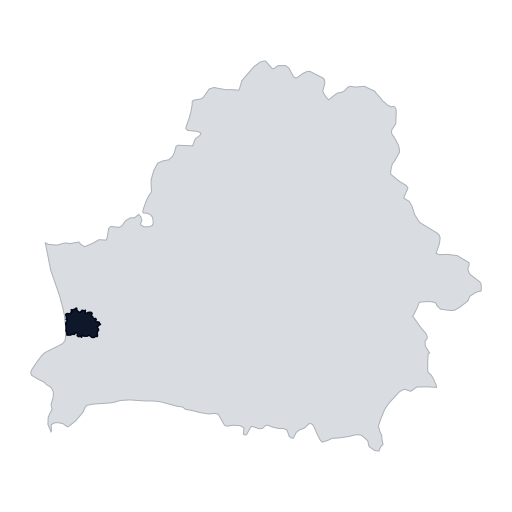 Svislach, Grodno, Belarus shown in context
{"feature_id": "67162791B1668576645583", "entity_name": "Svislach", "entity_type": "district", "adm_level": 2, "iso_a3": "BLR", "parent_name": "Belarus", "parent_adm1": "Grodno", "projection": "mercator", "projection_center": [24.286, 52.932], "detail": "fine", "context": "in_parent", "style": "filled", "palette": "ink", "viewbox_px": 512, "rotation_deg": 0, "n_neighbors": 0, "source": "geoboundaries", "source_scale": "gbopen_adm2", "svg_char_len": 6004}
<svg xmlns="http://www.w3.org/2000/svg" viewBox="0 0 512 512"><path d="M436.5,387.4L427.6,386.8L416.8,387.0L410.8,391.3L404.2,389.2L399.6,391.6L388.9,403.2L384.7,409.4L380.8,418.9L378.4,426.0L379.7,430.9L381.7,435.5L382.1,440.4L383.1,444.3L380.5,447.1L378.9,451.1L374.5,450.4L369.0,446.5L367.8,440.9L363.6,437.0L360.8,435.0L356.2,434.7L348.9,436.5L339.3,437.9L332.1,438.3L328.2,440.2L322.3,442.2L320.1,439.9L316.9,433.5L314.2,427.2L312.4,424.4L310.8,423.6L308.8,423.8L306.6,425.8L304.9,427.8L298.9,430.2L296.2,432.5L293.3,438.3L291.3,437.9L289.3,436.6L287.0,430.1L283.8,428.6L278.8,428.5L272.5,427.1L267.4,425.1L265.5,425.6L262.5,428.4L259.2,428.8L252.0,426.3L250.6,427.4L246.5,434.6L244.5,435.0L243.4,434.1L244.0,427.8L239.9,425.6L232.8,425.2L227.9,426.1L225.5,425.9L224.2,424.7L218.2,414.1L215.0,413.4L209.2,414.0L200.8,412.7L191.0,410.3L185.6,409.4L182.8,407.1L176.8,406.2L160.7,401.8L154.1,401.0L144.4,400.9L129.6,399.9L120.1,400.5L115.7,401.9L110.6,402.9L93.1,404.1L86.8,405.3L85.0,407.5L82.9,412.4L75.7,420.8L68.7,426.4L67.4,426.8L63.3,423.9L59.9,422.9L55.8,422.6L53.0,423.5L51.2,424.9L51.4,431.4L51.0,431.9L47.9,424.3L48.2,417.3L49.9,413.3L52.0,409.7L51.1,404.3L53.2,397.2L53.3,392.0L52.4,389.8L50.7,387.2L46.1,384.3L44.1,382.1L37.9,379.1L31.8,375.4L30.7,373.1L31.0,371.5L32.1,369.1L36.8,362.1L41.9,355.3L45.1,352.5L62.4,343.8L65.0,340.7L65.7,335.5L65.4,325.0L64.4,315.3L63.0,308.7L59.7,296.2L50.7,270.1L45.3,242.9L48.9,244.5L57.1,245.1L63.7,243.2L67.1,243.0L70.1,243.6L78.7,242.0L80.9,244.5L84.7,246.7L92.3,243.5L99.0,239.7L106.0,240.1L107.0,238.2L108.7,228.5L110.8,226.4L119.1,227.4L122.2,225.6L125.4,220.8L130.4,217.8L134.5,217.8L138.7,214.4L140.8,216.7L141.9,220.7L140.5,223.9L141.1,225.2L144.0,226.8L149.1,226.8L152.4,225.4L153.1,223.6L153.1,220.2L152.3,217.1L150.1,214.4L146.1,213.0L143.3,213.0L142.8,211.3L143.8,207.6L146.3,200.8L149.3,194.7L151.2,192.4L151.5,190.3L151.2,186.5L151.1,179.8L153.8,170.4L157.6,163.3L162.5,161.0L168.6,159.8L172.5,156.4L174.4,152.5L176.1,146.4L178.0,145.2L192.6,145.9L194.8,139.8L196.1,138.1L198.9,136.3L200.9,134.1L200.1,132.4L196.4,131.3L187.6,130.4L185.8,128.4L186.4,125.9L188.7,119.6L191.0,111.4L192.1,105.0L192.3,101.2L193.5,100.2L200.7,99.0L203.1,97.7L209.2,89.0L213.9,87.5L226.1,89.8L231.6,89.6L238.7,90.2L239.3,89.3L241.8,80.7L253.8,66.8L260.2,62.0L264.3,60.9L265.7,61.2L272.1,68.5L273.7,68.8L277.9,65.7L285.4,65.5L288.8,68.0L293.7,77.0L296.3,78.1L303.5,73.1L307.5,71.4L310.1,71.5L323.7,78.4L324.7,80.7L324.8,83.3L322.7,91.4L325.5,96.4L328.7,99.8L335.7,94.2L338.3,92.7L341.1,92.6L344.9,90.5L347.6,87.4L350.2,86.3L355.2,87.1L364.3,86.3L374.8,91.2L375.7,92.7L380.9,98.5L382.8,101.3L384.5,102.2L387.3,105.0L391.1,106.8L393.7,106.3L394.9,107.2L396.1,109.4L396.2,113.1L395.8,123.8L392.0,129.4L391.5,131.3L391.7,133.6L394.7,138.2L398.5,145.3L399.4,149.4L399.4,152.5L394.2,161.6L392.4,163.7L391.2,168.1L390.6,172.6L391.0,174.5L399.7,181.6L406.2,185.5L407.7,187.4L407.8,188.6L404.3,196.2L404.0,198.3L409.2,201.4L412.1,206.4L414.6,214.5L419.5,222.3L437.9,233.6L439.5,235.6L440.1,238.0L439.5,243.3L436.1,253.3L439.3,254.7L447.3,254.4L457.2,255.6L469.0,262.7L469.0,265.8L467.8,268.7L468.6,271.7L469.9,274.3L480.1,282.1L481.1,284.4L481.3,288.2L481.0,291.0L478.2,291.6L475.0,292.9L469.9,296.2L467.9,300.9L459.6,307.4L454.4,310.3L450.3,310.5L440.6,309.2L437.2,306.0L435.8,303.0L432.0,301.7L427.1,301.6L420.2,302.1L418.8,303.0L417.7,306.6L414.8,312.7L412.7,316.2L421.4,328.3L425.8,333.3L427.2,336.4L427.1,338.5L425.0,341.1L425.3,346.2L429.6,353.0L428.1,354.0L427.7,362.3L427.7,371.1L428.9,373.2L431.2,375.0L433.1,378.2L436.3,385.5L436.5,387.4Z" fill="#d9dde1" stroke="#a8b0b8" stroke-width="1"/><path d="M99.3,322.4L98.9,322.3L98.3,322.0L97.9,321.8L97.7,321.8L97.4,322.0L97.1,322.1L96.5,321.8L96.0,321.5L95.6,321.0L95.6,320.8L95.7,320.5L96.0,320.1L96.1,319.8L96.2,319.5L96.1,319.2L95.9,318.8L95.6,318.5L95.3,318.4L95.0,318.5L94.7,318.6L94.3,318.7L93.7,318.6L93.3,318.3L92.8,317.7L92.9,317.1L92.3,316.5L91.8,315.9L91.3,315.3L91.5,314.7L91.8,314.2L92.1,313.8L92.1,313.3L91.7,312.8L91.3,312.4L90.9,312.3L90.3,312.2L89.6,312.3L89.4,312.6L89.0,312.5L88.6,312.3L87.9,312.5L87.6,312.9L87.3,313.0L86.8,313.1L86.1,313.2L85.5,312.9L85.4,312.6L85.4,312.0L85.1,311.2L85.4,310.7L85.2,310.3L84.8,310.6L84.4,310.9L83.8,310.9L83.3,310.6L82.7,310.3L82.4,310.2L82.0,310.3L81.7,310.8L81.1,311.3L80.8,311.6L80.4,312.3L80.0,312.4L79.1,312.0L78.4,311.6L77.9,311.2L77.1,310.6L76.8,310.2L76.8,309.7L76.8,309.2L76.8,308.6L76.7,308.3L76.4,308.2L76.2,308.1L75.8,308.3L75.2,308.7L75.0,309.2L74.3,309.4L73.6,309.5L73.1,309.7L72.3,309.9L71.7,309.7L71.2,310.0L71.6,310.6L72.1,311.0L72.3,311.3L72.2,311.8L71.7,312.0L71.2,311.9L70.9,312.2L71.0,312.6L71.1,313.0L70.7,313.5L69.9,313.7L69.3,313.7L68.7,313.8L68.1,313.6L67.7,313.5L67.1,313.6L66.6,313.7L66.1,314.2L65.7,314.5L66.0,315.7L66.4,317.0L66.6,318.5L66.1,319.4L66.9,319.9L67.3,320.6L67.0,321.1L66.6,321.7L66.0,322.5L65.7,323.4L65.8,324.1L65.8,324.9L66.3,325.5L66.1,326.2L66.2,328.3L66.0,330.9L66.2,331.3L66.7,332.1L66.9,333.5L66.9,335.0L67.3,335.1L68.5,335.1L69.3,335.0L70.3,335.1L70.7,335.1L71.0,334.9L71.0,334.4L71.4,334.0L72.2,334.1L72.9,334.4L74.0,334.4L74.4,334.3L74.8,334.0L75.1,333.5L75.1,333.0L75.2,332.5L75.9,332.3L76.4,332.7L76.7,333.0L77.5,333.6L77.6,334.2L77.4,335.0L77.1,335.3L77.3,335.8L77.8,336.2L78.3,336.5L78.7,336.7L79.2,336.6L79.7,336.2L80.3,336.2L80.8,336.2L81.0,336.7L81.2,337.1L81.5,337.2L81.8,336.8L81.8,336.6L81.9,335.9L82.0,335.4L82.6,335.4L83.2,335.9L84.1,336.2L85.0,336.2L85.4,336.2L87.2,336.2L88.1,335.7L88.8,335.3L89.4,335.2L89.9,335.7L90.6,336.5L91.2,336.8L92.0,337.4L93.1,337.5L94.1,337.4L94.7,337.1L95.1,336.6L95.7,336.3L96.6,336.5L97.1,336.5L97.4,336.2L97.5,335.3L97.5,334.7L97.3,334.1L96.9,333.4L97.2,333.0L97.5,332.1L97.7,331.3L97.9,330.9L98.4,330.5L98.6,329.9L98.4,329.2L98.3,328.8L97.6,328.1L97.3,327.6L97.3,327.3L97.7,326.7L98.3,325.9L98.8,325.3L99.5,324.8L100.0,324.7L100.4,324.5L100.4,324.2L99.9,323.8L99.4,323.6L99.2,322.9L99.3,322.5L99.3,322.4Z" fill="#0f172a" stroke="#020617" stroke-width="1.5"/></svg>